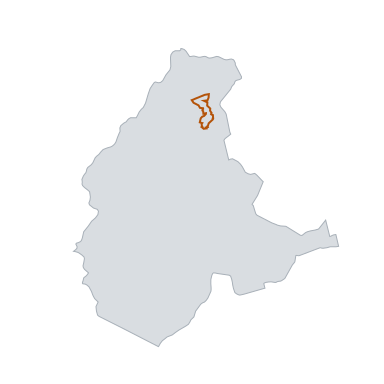 location of Aweil West, Northern Bahr el Ghazal, South Sudan, rotated 76°
{"feature_id": "79223893B18780774215456", "entity_name": "Aweil West", "entity_type": "district", "adm_level": 2, "iso_a3": "SSD", "parent_name": "South Sudan", "parent_adm1": "Northern Bahr el Ghazal", "projection": "natural_earth1", "projection_center": [26.922, 8.906], "detail": "fine", "context": "in_parent", "style": "outline", "palette": "amber", "viewbox_px": 384, "rotation_deg": 76, "n_neighbors": 0, "source": "geoboundaries", "source_scale": "gbopen_adm2", "svg_char_len": 4304}
<svg xmlns="http://www.w3.org/2000/svg" viewBox="0 0 384 384"><g transform="rotate(76 192 192)"><path d="M301.0,299.7L290.6,311.8L289.9,312.5L288.6,313.4L284.4,313.5L280.0,312.9L276.0,309.7L272.0,312.2L269.4,312.9L267.8,313.2L264.2,313.6L259.1,314.9L256.8,316.5L255.6,317.8L254.6,320.2L254.0,320.4L253.1,320.1L251.8,319.2L249.1,317.8L247.7,314.8L246.4,313.0L245.4,312.0L241.1,315.0L239.0,315.7L237.3,315.6L234.1,314.0L230.7,312.5L228.9,312.5L226.2,314.3L223.2,317.0L221.6,319.7L220.9,321.3L219.8,318.8L218.8,317.3L217.3,316.7L214.4,317.3L213.7,316.5L213.6,314.4L213.2,312.5L212.4,311.1L210.2,309.6L204.4,306.7L200.0,300.9L197.7,298.3L196.1,296.5L193.8,292.0L191.2,288.8L188.0,287.4L185.9,288.1L183.7,291.5L179.6,294.6L177.7,294.7L175.3,293.0L172.3,291.8L166.9,291.3L164.7,292.8L161.7,295.2L159.3,296.6L157.7,296.8L156.3,296.2L154.7,295.9L153.2,295.8L150.3,293.6L148.8,292.0L147.8,290.5L146.2,289.4L144.3,288.5L142.9,287.1L142.2,285.4L141.2,283.2L139.7,281.2L135.3,277.6L134.0,275.5L133.1,273.4L131.3,271.1L129.3,268.0L128.7,263.6L128.6,260.0L128.2,258.3L127.4,256.6L126.5,255.2L124.9,253.6L121.3,251.3L117.6,248.6L115.8,247.1L112.4,246.5L110.4,245.0L108.7,241.6L108.0,238.9L106.3,236.8L105.5,235.3L105.1,233.5L106.5,228.2L104.5,226.3L101.6,223.9L99.5,221.2L98.2,218.8L94.4,215.5L86.2,210.7L81.5,207.6L78.9,204.8L76.6,202.1L76.4,200.9L77.9,198.2L78.1,196.0L76.9,193.5L72.0,188.9L68.1,183.8L65.1,182.2L57.9,180.7L55.9,180.2L53.7,179.2L51.6,176.9L50.9,174.2L52.0,169.8L51.3,168.5L50.1,168.1L50.4,167.2L51.8,165.1L54.0,163.7L59.9,161.6L60.2,160.7L60.4,158.0L60.8,156.7L62.9,152.9L63.2,151.4L63.3,148.2L63.5,146.7L64.1,145.6L65.8,143.7L66.3,142.6L66.6,140.1L66.4,135.3L67.2,133.4L71.0,128.9L72.0,127.0L72.3,125.2L72.3,123.4L72.5,121.6L73.6,119.9L74.5,119.4L77.3,118.8L79.1,119.2L92.2,116.1L93.7,116.6L94.4,118.4L94.4,121.2L94.6,122.6L95.3,123.6L97.3,124.9L98.8,127.2L99.5,128.1L101.6,129.6L111.4,142.6L114.1,143.9L116.8,143.4L122.0,140.7L124.7,140.0L143.1,140.8L145.2,140.4L145.3,140.5L148.2,147.0L149.5,148.5L169.8,148.6L169.4,146.7L169.6,144.6L173.2,140.6L173.7,140.1L176.8,138.2L179.9,137.0L185.7,135.5L187.9,133.1L189.1,130.9L189.1,126.7L189.9,126.0L191.3,125.0L198.0,121.2L199.2,120.4L211.2,129.2L218.0,136.2L218.4,136.6L218.7,136.7L219.1,136.5L219.4,136.1L220.2,135.8L223.1,135.7L228.5,135.4L230.3,134.5L241.2,122.1L244.0,118.1L244.7,117.3L246.3,114.4L247.9,109.5L248.2,109.0L260.2,97.3L260.6,96.3L260.7,95.6L258.9,91.7L258.5,89.7L258.4,86.6L258.7,81.8L258.6,78.8L258.4,77.9L251.6,69.1L268.5,69.1L268.5,68.0L268.4,67.6L268.1,66.6L267.9,65.2L267.9,64.5L268.0,63.8L268.0,63.4L268.0,63.0L268.0,62.9L268.1,62.7L280.2,62.9L280.0,65.3L278.6,71.1L278.7,74.5L278.3,78.4L277.9,79.6L277.3,80.6L277.1,81.0L277.1,81.5L279.7,103.4L279.5,104.3L278.9,105.7L278.7,106.2L278.7,106.5L279.0,106.7L284.6,109.1L284.8,109.3L285.0,109.5L287.1,112.3L298.2,122.7L298.5,123.2L299.7,126.5L299.8,127.0L299.9,127.8L299.8,128.4L299.6,130.4L299.7,131.2L299.9,131.8L300.0,132.5L299.9,133.2L298.3,137.0L297.8,139.7L297.6,141.9L297.7,143.2L297.9,144.1L298.1,144.4L298.2,144.5L303.0,144.5L303.0,145.8L303.7,165.6L303.7,167.8L303.6,170.6L303.0,171.7L301.7,173.3L300.0,174.7L295.7,175.1L292.1,175.0L289.6,174.7L286.1,174.6L282.9,174.9L281.7,176.1L277.4,186.6L276.1,189.3L275.7,190.8L276.1,191.7L277.8,193.0L281.5,194.9L285.8,196.0L288.9,196.5L291.1,197.0L292.8,197.6L298.8,202.3L300.7,204.6L301.8,206.5L302.1,208.6L303.0,210.7L308.5,217.3L313.7,220.4L315.7,223.9L317.7,225.6L319.5,227.5L320.5,230.2L322.8,238.1L324.4,242.3L325.9,245.7L326.6,251.2L327.8,253.7L329.1,256.7L331.2,259.4L333.5,261.5L333.9,262.0L311.3,287.8L301.0,299.7Z" fill="#d9dde1" stroke="#a8b0b8" stroke-width="1"/><path d="M133.5,165.4L133.8,162.6L132.8,162.9L132.8,161.0L132.0,161.2L131.9,160.7L129.4,159.2L126.6,154.2L125.8,153.8L124.9,154.6L125.3,153.6L122.4,153.1L121.8,154.1L121.1,154.7L120.0,153.9L117.5,154.8L115.4,154.1L111.9,156.4L108.8,155.4L106.4,158.3L106.8,154.8L104.5,153.1L101.1,152.0L100.8,156.2L102.8,170.0L105.8,168.9L109.5,164.7L112.3,163.9L113.4,161.0L114.1,161.1L114.8,162.0L115.5,162.2L116.2,161.6L118.8,162.0L118.9,159.4L119.6,159.6L121.1,161.8L121.4,163.9L122.6,165.7L126.3,167.6L127.6,165.4L128.2,166.2L130.9,166.5L131.2,167.0L131.5,166.7L131.4,166.1L131.8,166.0L132.2,166.3L133.5,165.4Z" fill="none" stroke="#b45309" stroke-width="2"/></g></svg>